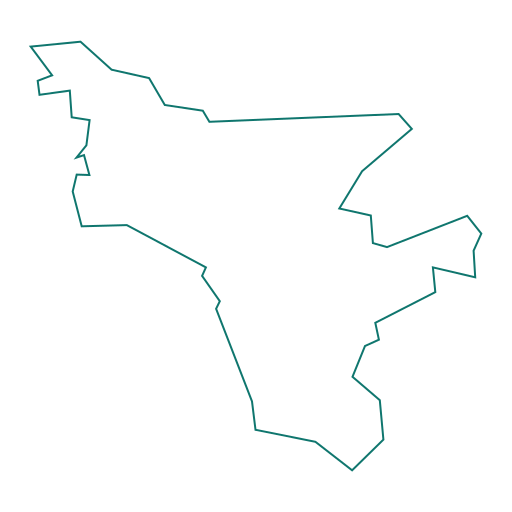 map outline of Amur (orthographic projection)
{"feature_id": "RUS-2609", "entity_name": "Amur", "entity_type": "Region", "adm_level": 1, "iso_a3": "RUS", "parent_name": "Russia", "parent_adm1": "", "projection": "orthographic", "projection_center": [128.173, 52.947], "detail": "coarse", "context": "isolated", "style": "outline", "palette": "teal", "viewbox_px": 512, "rotation_deg": 0, "n_neighbors": 0, "source": "natural_earth", "source_scale": "10m", "svg_char_len": 692}
<svg xmlns="http://www.w3.org/2000/svg" viewBox="0 0 512 512"><path d="M126.8,225.1L81.7,226.3L72.7,191.5L76.7,174.6L89.4,175.0L84.0,155.1L76.5,157.6L86.4,145.3L89.6,120.1L71.7,117.3L69.8,90.6L39.5,94.8L37.7,80.8L52.1,75.3L30.7,46.6L80.5,41.7L111.6,69.7L149.1,78.1L164.8,105.0L202.8,110.7L209.4,121.8L398.6,114.0L411.8,128.9L362.1,171.2L339.3,208.5L370.8,215.5L372.9,243.1L387.0,247.1L467.2,215.8L481.3,233.6L473.6,250.7L475.2,277.3L432.9,267.4L435.3,292.1L375.3,322.8L378.9,339.7L365.0,346.0L352.5,376.8L379.8,400.2L383.4,439.6L352.1,470.3L315.4,441.8L255.5,429.8L252.0,401.4L216.1,308.8L219.8,301.2L202.1,275.9L205.9,267.4L126.8,225.1Z" fill="none" stroke="#0f766e" stroke-width="2"/></svg>